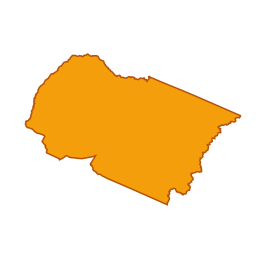 the district of El Pangui, Zamora Chinchipe, Ecuador, rotated 24°
{"feature_id": "8360857B57489769890627", "entity_name": "El Pangui", "entity_type": "district", "adm_level": 2, "iso_a3": "ECU", "parent_name": "Ecuador", "parent_adm1": "Zamora Chinchipe", "projection": "orthographic", "projection_center": [-78.54, -3.624], "detail": "fine", "context": "isolated", "style": "filled", "palette": "amber", "viewbox_px": 256, "rotation_deg": 24, "n_neighbors": 0, "source": "geoboundaries", "source_scale": "gbopen_adm2", "svg_char_len": 5773}
<svg xmlns="http://www.w3.org/2000/svg" viewBox="0 0 256 256"><g transform="rotate(24 128 128)"><path d="M225.8,71.0L175.3,71.4L161.8,71.7L139.1,72.4L129.1,72.5L128.8,72.5L128.0,73.0L127.3,72.7L127.0,72.2L126.8,72.2L126.3,72.3L126.0,72.8L126.1,73.1L127.2,73.8L126.9,75.3L126.6,75.7L126.7,77.3L126.4,77.8L126.2,77.6L125.9,77.1L125.3,76.8L125.0,76.4L124.6,76.5L124.2,77.0L123.3,77.0L123.0,76.6L123.0,76.1L122.4,75.7L122.0,76.0L121.6,76.8L120.4,76.9L119.1,77.3L118.3,78.2L118.3,78.9L117.6,79.7L115.4,79.8L114.4,80.5L113.9,80.3L113.7,79.5L113.5,79.3L110.7,79.7L110.4,79.9L110.1,80.8L109.7,80.8L108.8,80.4L108.3,80.5L107.6,81.1L106.8,82.2L106.3,82.7L106.3,83.1L105.9,83.3L104.9,83.6L103.7,83.5L102.7,84.0L101.9,84.1L101.2,84.7L100.1,84.0L100.0,83.6L98.8,83.3L97.3,84.5L96.9,85.3L96.4,85.5L95.6,85.0L94.3,85.1L93.2,84.3L90.0,83.0L89.3,83.0L88.8,83.2L87.7,82.0L85.8,81.9L85.5,81.2L85.3,81.0L83.9,80.8L83.2,80.4L82.0,80.1L81.4,79.3L80.2,78.8L79.0,77.3L78.3,76.8L75.2,77.0L74.3,76.8L72.6,75.8L71.4,74.7L69.7,74.9L69.1,75.1L68.6,75.4L67.9,75.5L67.2,76.3L66.1,76.3L65.5,77.3L65.1,77.6L62.3,77.1L61.2,76.8L60.9,76.9L60.2,78.4L58.6,79.3L58.2,79.7L58.0,80.0L58.1,80.7L57.6,81.2L56.9,81.3L55.8,81.1L55.2,81.6L54.4,81.5L53.1,82.9L52.1,83.2L50.5,83.1L49.1,83.8L48.0,84.1L47.7,84.4L46.8,87.3L46.8,88.7L45.9,89.8L46.0,91.9L45.6,92.3L44.7,92.4L44.0,93.1L43.2,93.8L42.5,94.9L42.0,98.1L41.7,98.6L40.8,99.4L40.2,100.6L40.2,101.5L39.9,102.8L40.0,103.2L40.5,103.8L39.3,106.1L38.0,107.9L37.6,109.0L36.4,109.3L36.0,109.8L35.4,111.6L35.4,113.0L35.1,113.6L34.9,115.3L34.7,115.7L34.1,116.2L33.7,117.3L33.2,117.8L32.9,120.2L33.1,121.1L33.0,121.8L32.3,122.8L31.7,124.2L30.9,125.3L31.0,125.9L30.4,127.2L30.5,128.2L30.4,128.8L30.6,129.1L30.4,130.0L30.8,130.7L31.1,132.3L30.6,133.1L30.6,133.9L30.2,134.4L30.7,134.9L30.1,135.5L30.3,136.3L30.7,136.5L30.5,137.4L31.1,138.4L31.1,138.6L30.3,138.7L30.2,138.9L30.4,140.1L31.4,140.8L31.2,141.5L31.1,142.3L31.7,142.8L32.8,143.6L32.2,144.3L32.7,144.9L32.5,146.0L33.1,146.4L32.7,147.1L32.7,147.7L32.8,147.9L33.3,147.8L33.6,147.9L33.3,148.7L33.5,150.1L33.1,150.5L33.0,151.8L33.2,152.1L33.6,152.3L33.9,152.9L34.0,153.5L33.9,154.0L34.1,154.5L33.9,154.9L34.1,155.3L34.1,156.1L34.5,156.7L34.7,158.0L34.5,158.5L34.8,159.0L34.6,159.7L34.6,160.0L34.2,160.1L34.1,160.3L33.9,161.8L32.7,162.8L32.2,163.0L32.1,163.4L32.0,163.8L32.4,164.3L32.6,166.0L33.7,166.9L34.0,167.7L36.1,168.6L37.3,168.1L38.0,168.0L39.0,168.2L40.8,167.8L44.2,169.2L47.2,169.6L48.3,169.5L49.0,169.2L49.6,169.2L50.6,169.0L54.5,168.9L55.5,169.7L55.3,170.7L55.0,175.3L57.2,176.5L59.7,177.5L60.1,177.9L59.8,178.5L59.9,178.8L60.5,179.1L60.9,179.7L61.3,179.8L61.8,180.3L62.7,180.4L63.3,180.9L63.0,181.9L63.4,183.3L63.7,183.8L77.5,184.0L78.1,184.9L78.4,185.0L78.7,184.7L79.2,183.6L80.1,183.0L80.9,181.8L82.1,179.8L82.3,179.0L82.7,178.6L83.2,178.3L84.8,178.2L86.1,178.6L87.7,178.3L91.7,176.9L94.6,176.1L98.3,174.8L107.1,168.8L109.6,166.4L109.5,167.8L108.6,174.4L108.6,174.8L108.2,175.6L108.2,176.1L108.5,176.3L109.0,176.3L108.9,176.9L109.1,177.2L109.7,177.0L110.6,177.3L110.6,177.5L111.1,177.7L111.5,178.3L111.9,178.5L112.4,179.0L112.5,179.5L113.1,180.5L113.9,180.9L114.8,180.8L116.2,181.3L116.7,181.2L117.5,181.8L119.2,182.4L119.7,182.4L120.5,182.0L121.6,181.6L122.3,181.9L122.9,181.9L124.5,182.3L128.0,182.3L128.7,182.5L154.9,182.2L194.9,182.1L194.7,181.8L194.8,181.3L194.5,181.1L194.3,180.5L194.7,179.3L194.6,177.7L194.8,176.7L194.6,175.7L194.2,175.1L193.6,174.7L193.5,174.3L192.9,174.3L192.8,173.9L192.2,174.2L192.1,173.7L191.6,173.2L192.8,172.0L192.7,170.9L192.3,170.7L192.2,170.4L191.6,170.0L191.8,169.9L191.6,169.5L191.8,169.3L191.5,169.3L191.5,168.3L191.8,168.0L191.8,167.3L192.1,166.7L192.3,166.4L192.8,166.3L193.5,165.8L194.4,164.5L196.0,164.2L196.8,165.2L198.1,166.1L198.2,166.5L198.7,166.4L198.7,166.2L199.0,166.1L200.2,166.4L201.2,165.8L201.8,166.1L202.0,165.9L202.6,166.1L202.9,165.8L203.6,166.4L204.0,166.1L204.3,166.0L204.5,166.4L205.4,166.7L205.5,165.7L206.1,165.5L206.2,165.1L207.5,164.8L207.5,164.3L207.8,163.5L207.3,162.3L208.0,161.1L208.7,160.2L209.2,159.9L209.5,159.6L209.1,159.1L209.1,157.3L208.8,157.0L208.8,156.5L208.1,155.9L207.3,155.8L207.0,155.4L206.7,155.4L206.4,155.7L206.1,155.6L205.6,154.9L205.8,154.3L206.2,153.9L206.7,153.8L207.4,151.9L207.9,151.5L207.6,150.9L207.5,150.3L208.4,148.8L208.0,147.6L207.6,147.2L206.9,147.1L206.3,146.5L205.1,145.9L205.0,145.7L205.0,145.0L204.5,144.6L204.1,143.9L204.2,143.7L205.0,143.6L205.6,142.7L207.2,141.7L209.0,139.6L209.5,139.4L211.2,139.3L212.9,137.9L212.5,137.2L212.4,136.7L211.9,136.5L211.9,135.8L211.4,135.2L211.4,134.7L210.3,134.4L210.3,133.4L209.2,132.5L208.4,132.1L208.4,130.3L206.7,128.2L206.9,126.9L206.3,126.3L206.8,126.0L207.2,125.7L207.8,124.6L208.0,123.9L207.9,123.5L207.6,123.2L207.2,122.3L207.4,121.3L206.9,120.9L206.2,120.2L206.5,119.6L207.8,119.5L208.9,118.0L208.8,117.1L209.3,116.7L209.4,116.1L209.9,115.8L209.6,114.5L209.7,114.0L209.4,113.4L209.3,112.6L208.9,112.2L207.4,111.1L207.3,110.9L208.4,110.6L209.6,109.8L209.0,109.1L208.7,109.1L208.7,107.9L208.9,107.6L209.5,107.4L209.9,106.7L210.5,106.2L210.1,105.2L209.3,104.7L209.1,102.7L210.1,102.7L211.6,102.4L211.3,102.0L211.2,101.4L210.9,100.8L211.3,99.6L212.2,99.2L212.3,98.7L212.6,98.3L212.6,97.9L212.3,96.5L212.5,95.5L212.9,95.0L214.2,94.9L214.6,94.6L214.3,93.9L213.6,92.7L212.9,92.4L212.6,91.8L212.6,91.5L213.0,91.1L212.9,90.9L211.9,90.9L211.3,91.3L210.9,90.9L210.3,90.8L210.0,90.5L210.0,90.1L210.7,89.1L211.3,88.9L212.3,87.3L212.7,87.3L214.2,86.5L215.9,84.8L216.3,84.7L216.6,84.8L216.9,85.1L217.1,85.0L218.2,83.7L218.4,82.4L219.1,82.4L219.8,81.4L219.7,80.8L219.2,80.5L219.3,80.3L220.3,79.8L222.8,79.3L223.2,78.7L223.5,77.7L223.3,77.2L222.1,76.0L222.1,75.3L225.0,73.2L225.4,73.4L225.7,73.4L225.9,71.6L225.8,71.0Z" fill="#f59e0b" stroke="#b45309" stroke-width="1.5"/></g></svg>